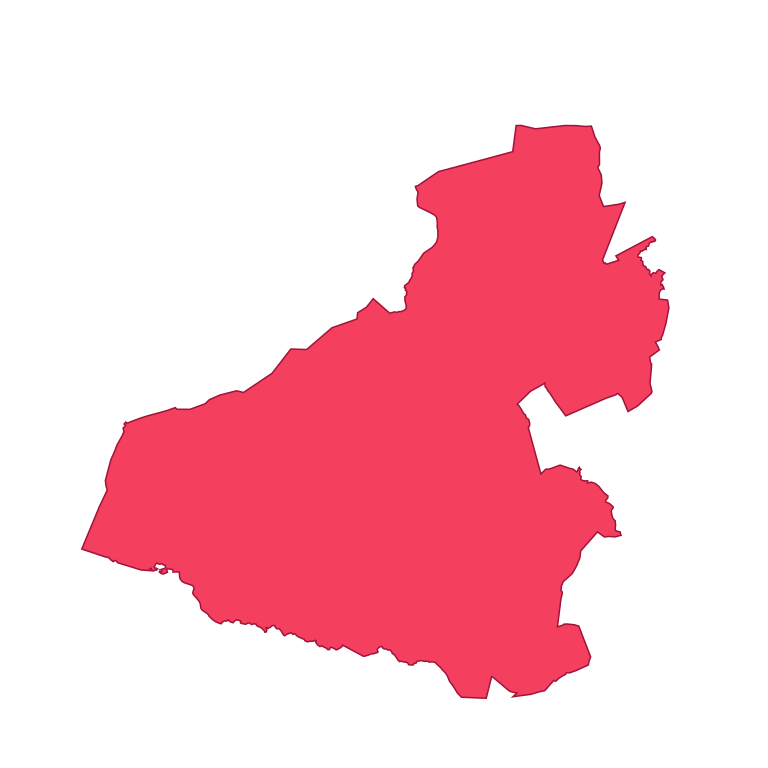 the district of Arroyo Seco, Querétaro, Mexico, rotated 281°
{"feature_id": "50627088B12767875779778", "entity_name": "Arroyo Seco", "entity_type": "district", "adm_level": 2, "iso_a3": "MEX", "parent_name": "Mexico", "parent_adm1": "Querétaro", "projection": "natural_earth1", "projection_center": [-99.653, 21.432], "detail": "fine", "context": "isolated", "style": "filled", "palette": "rose", "viewbox_px": 768, "rotation_deg": 281, "n_neighbors": 0, "source": "geoboundaries", "source_scale": "gbopen_adm2", "svg_char_len": 6168}
<svg xmlns="http://www.w3.org/2000/svg" viewBox="0 0 768 768"><g transform="rotate(281 384 384)"><path d="M115.6,450.4L114.5,452.3L115.0,452.7L115.0,460.2L113.1,461.8L113.7,466.1L115.8,467.3L116.1,468.7L118.1,469.4L119.4,472.7L119.6,474.3L119.4,476.9L120.4,480.4L119.6,481.1L120.5,484.6L120.4,487.9L119.7,488.3L116.0,494.3L115.3,494.8L112.0,499.6L109.4,502.0L104.9,504.9L100.4,509.7L95.0,514.7L91.3,519.8L95.0,544.3L117.2,545.5L116.7,547.3L106.9,565.0L106.2,567.2L106.0,573.4L101.6,570.2L107.4,587.4L111.8,595.8L113.6,600.3L125.4,607.2L125.0,608.4L125.1,609.4L128.3,611.7L131.9,615.3L133.5,617.7L135.3,617.9L135.9,621.4L139.4,627.3L147.2,638.2L150.9,638.2L155.6,638.9L183.5,621.4L184.0,616.8L183.3,609.0L182.6,607.2L182.6,606.7L182.4,606.8L180.6,604.1L178.7,600.6L206.8,598.7L212.5,599.0L213.9,598.6L215.0,597.2L219.2,596.7L224.1,597.6L233.5,604.8L238.2,606.5L242.4,607.8L250.5,609.5L257.6,608.9L279.5,621.8L275.9,629.5L277.3,634.1L278.0,639.9L280.7,645.6L283.9,643.9L283.9,640.7L284.8,638.7L290.7,638.1L291.6,637.5L293.7,637.2L295.7,634.3L299.5,632.4L302.6,631.4L303.7,631.3L305.5,632.4L306.7,632.6L307.5,632.0L309.7,628.1L310.6,624.0L312.3,623.9L314.5,625.3L316.8,625.3L319.4,620.3L324.6,614.3L326.7,610.3L327.2,606.2L325.7,602.5L327.8,602.4L327.2,599.5L327.2,596.9L327.9,595.3L331.0,595.2L331.9,593.8L333.1,592.9L334.0,593.5L335.8,592.6L337.8,593.7L338.4,592.2L339.5,591.7L338.5,591.0L336.1,590.7L334.5,590.0L336.5,585.9L336.7,581.7L338.0,572.3L332.1,562.6L331.2,559.0L325.6,555.2L368.9,533.9L370.1,534.7L371.8,534.8L373.3,534.5L376.9,532.8L377.7,530.4L380.7,528.7L381.4,527.1L388.7,520.5L389.5,518.5L404.9,529.3L415.5,541.8L412.0,542.7L411.1,544.3L408.9,545.8L406.4,548.8L399.7,555.1L387.4,568.5L412.4,604.7L417.7,613.7L419.4,615.2L416.2,620.4L403.5,628.8L411.0,637.3L425.9,648.2L427.6,648.5L435.5,645.0L452.9,643.2L454.5,642.8L454.1,642.4L461.1,639.6L470.0,647.8L472.6,646.1L476.9,642.4L480.6,647.6L482.4,647.4L485.4,648.2L497.7,649.2L513.2,649.1L520.5,646.4L519.9,637.8L526.1,636.8L528.7,637.5L530.4,639.1L530.6,640.8L532.9,639.7L532.9,639.3L534.7,638.2L534.0,636.7L537.2,636.4L539.5,638.0L543.0,636.0L546.7,638.5L548.8,632.0L546.0,630.2L544.6,629.7L544.6,627.1L542.4,625.3L541.2,625.5L543.0,623.4L545.0,623.7L546.9,622.0L546.5,620.5L549.2,618.4L549.7,616.1L551.8,615.0L553.8,614.6L554.4,612.4L556.3,612.8L557.2,612.5L557.2,609.2L558.2,608.7L560.0,609.1L560.7,609.9L562.9,610.6L563.2,610.2L563.6,610.4L563.6,612.0L566.0,614.3L565.9,615.6L566.2,615.9L567.2,615.4L568.8,615.3L569.8,617.3L573.0,617.6L574.7,619.7L574.6,620.5L575.8,621.9L575.6,622.4L576.7,623.1L577.6,622.9L579.9,619.3L554.0,587.2L550.2,590.7L544.0,579.5L545.1,578.2L544.6,576.7L547.7,574.9L608.3,586.0L605.3,580.3L600.1,565.7L610.1,559.3L623.0,559.6L630.8,557.3L637.4,552.5L640.5,553.7L652.8,551.2L656.6,551.4L658.9,550.4L666.5,544.1L676.7,538.4L675.2,532.3L674.3,523.3L672.3,512.4L663.4,484.0L664.0,469.2L662.9,464.4L636.6,466.0L602.9,397.0L585.1,379.3L584.0,377.1L581.7,378.3L578.8,380.8L571.8,381.1L565.5,383.0L564.9,383.5L564.1,385.2L560.9,397.2L559.4,401.7L557.9,403.5L556.2,404.4L551.6,405.8L548.6,406.1L544.8,407.6L539.0,408.8L533.9,408.6L530.9,407.4L527.4,405.3L520.0,398.0L511.1,394.1L507.0,391.1L505.5,391.1L503.9,390.2L501.1,391.0L500.8,391.5L499.7,391.3L499.1,390.7L497.2,390.5L496.7,390.9L495.3,390.9L492.9,390.5L490.5,389.3L490.0,389.5L488.2,388.7L484.3,385.4L483.2,386.0L482.5,385.6L482.1,386.1L482.2,386.8L481.2,387.2L480.1,387.1L479.4,388.4L478.7,388.8L477.8,389.0L477.1,388.7L476.1,389.3L473.2,387.7L472.1,388.3L469.8,388.6L465.2,390.9L464.0,390.9L463.1,391.4L461.7,391.0L460.2,389.7L458.2,386.5L458.1,385.2L456.7,382.7L456.9,380.9L454.6,376.1L465.7,357.1L456.0,352.1L448.9,344.5L442.7,345.1L429.3,322.2L403.1,301.5L400.6,285.9L373.2,272.1L348.9,247.7L349.2,240.6L341.9,225.1L335.3,215.6L330.5,212.2L322.1,198.3L319.7,185.6L321.0,183.6L316.4,175.8L307.3,157.4L304.1,151.5L296.4,139.0L297.4,137.7L295.1,136.5L294.0,138.3L290.9,136.3L286.9,138.0L285.7,137.2L284.0,137.1L273.0,133.5L266.4,132.4L257.4,130.3L236.1,128.9L231.0,130.5L227.2,132.6L209.3,128.0L164.3,118.8L161.1,143.1L161.1,146.3L160.6,147.8L160.3,147.8L158.9,149.9L158.6,151.3L158.1,151.5L158.1,152.4L159.4,153.6L159.6,154.3L157.7,156.6L155.1,181.3L156.1,189.6L157.4,189.2L158.7,190.2L158.0,191.2L156.3,191.1L156.5,193.5L157.8,195.1L157.9,196.3L159.1,196.8L159.0,196.5L159.7,195.8L159.8,194.1L160.6,193.4L163.5,194.2L164.8,195.0L164.2,198.0L165.2,200.4L164.4,201.8L164.3,203.8L162.0,204.6L161.0,203.6L159.1,200.0L158.9,201.4L157.5,201.6L157.1,200.5L157.3,199.4L156.6,199.3L155.4,201.7L155.3,203.6L157.9,207.4L160.5,205.9L161.4,207.5L161.5,212.1L159.8,212.8L159.2,212.7L160.4,218.9L155.5,220.2L153.7,221.2L151.7,223.3L150.8,225.9L149.7,234.3L149.1,235.3L147.3,236.4L146.2,236.6L144.7,236.2L142.5,236.1L141.0,236.9L137.8,241.2L135.2,244.2L133.5,245.4L129.0,247.0L127.3,248.6L125.1,253.8L123.8,255.9L122.7,256.5L119.9,260.8L118.5,264.1L117.6,268.3L117.6,270.0L119.5,270.9L121.0,272.7L121.3,275.0L122.6,275.9L122.5,276.9L122.2,276.9L121.2,278.4L120.8,281.4L123.0,282.7L124.2,283.8L124.4,286.6L123.9,288.5L122.2,288.6L121.9,289.0L121.7,292.1L121.8,294.3L123.6,296.3L123.5,297.8L122.6,300.0L123.8,301.9L123.7,303.0L124.1,303.9L122.1,305.8L121.6,309.0L120.8,310.8L118.8,313.7L117.7,314.2L117.7,315.0L118.4,315.8L119.1,315.9L120.5,315.8L122.2,314.6L122.6,314.8L122.5,315.7L121.9,316.8L123.4,318.7L125.4,320.3L126.1,322.1L125.8,323.1L125.0,323.3L124.2,324.0L123.2,325.8L123.8,328.0L121.7,330.4L118.3,333.3L117.9,334.3L118.1,334.9L119.5,336.0L122.2,340.3L120.8,342.4L121.9,343.9L119.8,347.2L118.3,353.0L118.5,353.9L116.7,355.7L116.3,358.1L117.3,360.3L118.1,364.0L119.4,365.3L118.9,366.3L117.5,366.2L115.4,368.3L114.0,371.2L115.1,373.1L114.1,375.7L113.8,377.6L112.6,379.3L112.6,380.1L112.9,381.2L115.0,381.5L115.5,382.1L114.8,386.1L114.0,387.2L114.0,388.2L116.8,391.7L119.4,393.5L119.7,393.4L112.8,415.7L113.0,416.7L115.0,420.6L116.8,423.1L116.9,424.6L119.1,428.7L119.9,429.3L121.3,428.2L123.1,428.2L125.4,430.3L125.7,432.4L124.5,433.3L124.0,434.7L124.2,436.3L123.7,438.4L123.7,439.5L124.1,440.1L123.8,441.1L122.3,442.9L121.5,443.1L120.3,445.1L120.2,446.0L115.6,450.4Z" fill="#f43f5e" stroke="#9f1239" stroke-width="1.5"/></g></svg>